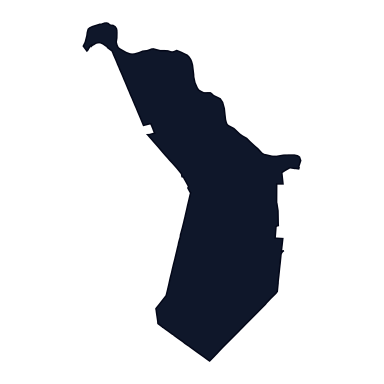 the district of Sanpetru Mare, Timis, Romania
{"feature_id": "2599482B83892227967248", "entity_name": "Sanpetru Mare", "entity_type": "district", "adm_level": 2, "iso_a3": "ROU", "parent_name": "Romania", "parent_adm1": "Timis", "projection": "mercator", "projection_center": [20.765, 46.07], "detail": "fine", "context": "isolated", "style": "filled", "palette": "ink", "viewbox_px": 384, "rotation_deg": 0, "n_neighbors": 0, "source": "geoboundaries", "source_scale": "gbopen_adm2", "svg_char_len": 4667}
<svg xmlns="http://www.w3.org/2000/svg" viewBox="0 0 384 384"><path d="M216.9,353.5L218.9,351.3L222.7,347.3L227.5,342.5L230.2,339.8L235.2,334.8L236.6,333.4L238.8,331.2L239.8,330.1L240.7,329.2L242.6,327.3L245.7,324.1L251.0,318.8L262.7,307.0L265.3,304.4L265.7,303.9L266.6,302.7L267.6,301.7L270.8,298.3L275.3,293.9L276.3,292.8L276.5,292.4L276.8,291.9L277.1,291.1L277.3,291.2L278.1,283.1L278.1,281.9L278.8,275.7L279.6,267.9L280.3,261.7L281.0,254.5L281.2,253.8L281.8,252.5L282.0,252.3L282.3,252.0L282.3,251.9L282.8,251.3L283.9,250.8L281.4,251.1L282.8,238.6L275.6,238.2L275.1,238.1L275.4,234.6L276.0,226.6L276.7,226.0L278.3,225.6L278.2,223.4L278.0,210.8L277.4,206.9L276.9,203.6L276.6,202.6L276.7,183.9L283.0,183.9L281.8,172.6L284.1,171.1L284.5,170.8L289.9,167.7L294.4,168.4L294.8,168.5L295.1,168.5L295.5,168.4L298.7,168.9L298.9,168.4L299.1,167.4L299.0,167.2L298.8,167.1L298.6,166.9L299.5,164.2L300.7,160.6L299.5,157.1L297.6,155.8L294.5,155.1L288.6,155.1L283.5,155.2L276.4,156.4L272.1,156.3L266.6,155.0L264.0,154.5L261.9,153.2L258.0,148.9L254.8,146.2L249.7,141.5L246.7,138.4L242.4,136.0L239.6,134.0L234.7,129.3L233.8,128.5L228.3,125.6L227.0,124.4L226.2,122.4L225.5,119.7L225.1,116.3L224.6,111.7L224.3,108.6L222.6,102.4L220.2,98.8L218.0,97.7L214.2,95.9L213.0,95.1L211.5,93.6L210.3,92.8L207.9,92.8L205.3,92.9L203.6,92.8L200.7,91.3L198.6,90.0L197.2,87.9L194.9,82.6L193.7,76.9L193.6,74.4L192.6,66.1L192.5,65.1L191.6,61.8L190.7,59.6L188.9,56.9L187.2,55.2L184.2,53.8L181.2,52.3L176.7,50.5L174.4,51.5L172.8,52.0L170.9,51.9L167.9,50.9L164.5,50.7L160.2,50.7L153.4,48.9L151.5,49.1L149.5,49.9L147.1,50.7L142.7,51.2L139.1,52.7L134.4,54.0L132.1,54.2L129.9,53.9L126.1,52.5L120.1,49.1L118.2,47.7L117.5,46.3L116.8,44.6L116.2,42.1L116.8,38.0L116.9,32.9L116.8,30.3L116.4,28.6L115.1,26.7L113.0,25.4L110.8,25.3L109.4,24.6L108.3,23.5L106.7,23.0L104.7,23.1L102.6,23.8L101.3,24.3L100.9,24.4L100.0,24.2L92.4,26.6L89.7,27.9L88.2,29.2L87.3,32.5L86.9,35.7L85.9,39.6L85.2,42.3L83.3,46.1L86.9,51.0L87.1,50.8L87.2,50.7L87.6,50.3L87.9,49.9L88.1,49.6L88.3,49.1L88.3,48.8L88.3,48.6L88.5,48.5L88.8,48.2L89.1,47.9L89.3,47.7L89.3,47.2L89.9,46.9L90.0,46.8L90.1,46.7L90.0,46.3L90.2,46.2L90.3,46.1L90.5,46.0L90.7,45.8L90.8,45.7L90.9,45.4L91.1,45.2L91.3,45.1L91.6,45.0L91.7,45.4L91.7,45.6L91.8,45.7L91.8,45.8L91.9,45.7L92.4,45.3L93.1,44.9L93.9,44.5L94.5,44.1L95.1,43.7L95.8,43.2L97.1,42.9L97.3,42.8L99.3,42.6L100.9,42.9L103.2,44.0L106.0,46.0L106.8,46.3L107.2,46.7L107.4,47.5L107.7,47.7L109.8,49.3L110.6,49.9L112.1,51.0L112.5,52.0L112.9,52.8L113.3,54.0L114.3,56.3L115.8,59.7L116.4,61.1L117.1,62.8L117.6,64.2L118.2,65.5L119.1,67.5L119.9,69.6L121.1,72.3L122.3,75.0L123.3,77.4L124.0,79.2L124.4,79.9L124.4,80.1L125.0,81.4L126.0,83.8L127.0,86.2L128.1,88.9L129.3,91.6L130.2,93.9L131.2,96.2L132.4,98.8L133.0,100.4L134.1,102.9L134.3,103.5L135.2,105.6L136.2,107.8L137.9,112.0L139.1,114.8L141.0,119.3L142.1,122.0L143.0,124.2L143.5,125.4L146.3,124.7L149.7,123.8L150.0,123.9L150.8,123.7L151.8,126.0L152.3,127.3L152.8,128.4L153.2,129.6L153.7,130.9L154.2,132.1L154.7,133.2L153.0,133.6L150.2,134.4L149.5,134.6L147.6,134.7L147.7,134.8L149.4,136.8L151.8,139.5L153.3,141.3L155.7,144.0L157.9,146.5L159.6,148.5L161.2,150.4L162.9,152.4L165.5,155.4L167.8,157.9L169.8,160.3L172.3,162.9L174.6,165.5L176.9,168.1L181.5,173.8L182.0,176.7L182.5,176.8L183.6,177.3L184.0,177.6L184.0,177.9L184.0,178.3L184.2,178.7L184.6,179.3L185.9,181.6L187.6,184.7L188.5,186.3L188.5,186.6L187.9,187.9L187.9,188.1L188.6,189.4L189.9,191.8L190.2,192.3L190.4,192.4L190.7,192.7L190.1,194.9L188.9,200.1L187.6,205.5L186.8,209.2L186.1,212.2L185.5,214.8L185.0,217.1L184.3,219.9L183.8,222.2L183.1,224.9L182.4,227.8L181.6,230.7L180.9,233.3L180.4,235.1L180.4,235.4L180.4,235.6L180.5,235.8L180.5,236.0L180.4,236.3L180.3,236.5L180.1,237.6L179.4,239.9L178.6,242.9L178.4,244.1L178.1,245.6L177.4,248.3L176.8,251.0L176.1,253.8L175.5,256.5L175.4,256.7L174.9,259.0L174.2,261.7L173.5,264.4L172.9,267.0L172.2,269.9L171.7,272.3L171.0,275.0L170.3,277.8L169.7,280.5L169.2,282.8L168.8,284.7L168.2,287.2L167.6,289.8L167.0,292.3L166.3,295.0L166.2,295.6L165.4,296.6L163.6,298.9L161.8,301.2L159.8,303.8L157.7,306.4L156.5,307.9L156.2,308.3L156.1,308.5L155.9,308.8L156.0,309.2L156.3,310.7L156.4,311.8L157.8,321.4L157.9,323.1L158.0,323.6L159.2,324.5L162.4,326.9L162.7,327.3L163.0,327.4L163.6,327.7L163.8,327.9L165.8,329.4L168.1,331.0L171.6,333.6L172.4,334.2L173.1,334.5L174.0,335.2L174.3,335.6L174.5,335.7L178.2,338.4L179.8,339.5L182.2,341.2L183.3,342.0L184.0,342.6L184.8,343.3L186.4,344.4L188.2,345.6L189.2,346.2L189.9,346.8L193.6,349.5L196.2,351.4L196.6,351.7L202.7,356.0L207.6,359.6L209.6,361.0L214.1,356.4L215.8,354.6L216.9,353.5Z" fill="#0f172a" stroke="#020617" stroke-width="1.5"/></svg>